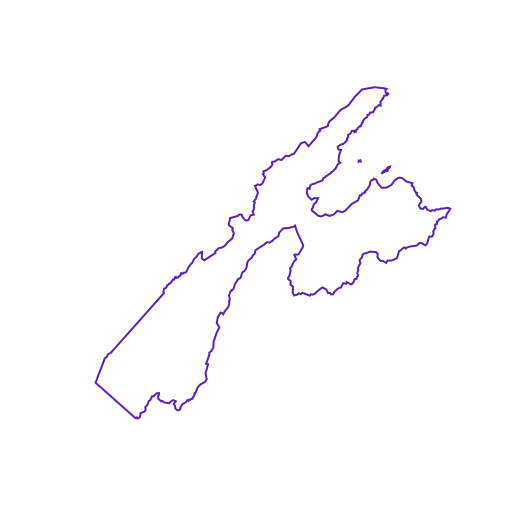 outline of Sveitarfélagið Skagafjörðu, Norðurland vestra, Iceland, rotated 67°
{"feature_id": "244011B28940040244957", "entity_name": "Sveitarfélagið Skagafjörðu", "entity_type": "district", "adm_level": 2, "iso_a3": "ISL", "parent_name": "Iceland", "parent_adm1": "Norðurland vestra", "projection": "mercator", "projection_center": [-19.345, 65.497], "detail": "fine", "context": "isolated", "style": "outline", "palette": "violet", "viewbox_px": 512, "rotation_deg": 67, "n_neighbors": 0, "source": "geoboundaries", "source_scale": "gbopen_adm2", "svg_char_len": 6086}
<svg xmlns="http://www.w3.org/2000/svg" viewBox="0 0 512 512"><g transform="rotate(67 256 256)"><path d="M313.2,138.9L311.6,136.6L313.2,132.8L313.0,127.1L307.3,122.2L307.3,120.7L306.0,116.7L306.2,115.7L307.7,115.2L307.2,113.7L307.3,111.2L309.2,104.0L307.9,100.2L308.8,98.7L312.4,95.9L311.6,93.9L305.8,89.0L306.9,86.3L304.8,83.7L302.5,83.3L301.7,81.7L300.8,81.3L300.6,80.0L297.3,79.0L296.9,77.9L297.3,77.2L295.0,75.7L294.9,74.5L293.6,72.8L294.0,70.8L293.4,68.7L294.9,66.4L292.3,64.3L288.5,58.8L287.0,59.9L286.1,62.0L285.6,64.8L284.6,67.3L284.6,69.4L283.4,72.0L284.1,73.9L282.7,75.8L283.2,77.5L280.0,80.3L277.0,80.6L276.7,81.5L278.0,83.9L276.5,86.1L273.2,86.4L271.5,84.3L270.9,82.6L267.8,81.9L262.2,84.2L260.9,83.2L260.6,83.9L257.9,84.4L253.9,84.0L252.0,85.3L250.1,83.5L246.2,88.5L241.8,90.8L240.1,92.9L239.7,94.9L240.4,98.4L243.4,103.5L244.1,109.1L242.1,113.8L236.1,115.6L232.8,115.5L230.8,117.5L231.4,117.9L231.4,119.9L232.1,121.5L235.5,123.8L238.1,127.6L239.1,130.2L239.9,130.5L239.9,131.7L240.5,132.4L240.0,133.9L241.3,135.4L240.7,136.6L244.6,140.3L245.5,147.5L249.1,156.0L249.5,159.1L246.2,163.6L248.1,167.9L247.9,172.6L244.6,176.0L245.1,176.9L244.9,180.9L243.1,183.1L235.8,186.8L234.4,186.2L233.8,184.9L231.8,183.4L230.6,181.6L230.1,179.7L227.0,176.3L225.5,179.5L225.9,182.8L224.9,183.3L221.5,184.6L217.9,184.6L214.0,182.4L213.8,181.6L214.2,180.9L213.8,180.6L215.0,181.4L214.7,181.0L215.2,180.5L212.3,178.4L211.9,177.0L212.0,174.4L212.4,173.4L212.1,171.7L212.4,165.2L210.7,163.7L210.5,161.7L209.9,160.6L209.7,158.4L209.1,156.8L209.2,155.0L208.4,154.3L208.0,151.7L206.9,149.7L206.9,149.0L203.6,144.9L203.0,142.1L201.4,143.0L198.6,141.8L194.6,139.3L191.6,136.3L190.3,138.5L187.3,138.1L186.6,134.4L186.9,131.7L185.0,126.7L183.6,126.5L182.4,124.5L180.4,123.9L180.3,121.6L178.3,118.8L179.0,116.9L180.6,117.0L180.6,115.4L179.4,115.2L178.6,112.7L178.1,112.5L177.3,110.5L177.5,108.9L176.8,108.9L176.3,107.5L175.0,106.8L174.8,105.4L173.8,105.0L172.1,102.7L171.5,99.3L169.8,98.3L170.1,96.6L168.5,95.0L168.9,94.3L169.2,93.1L168.9,92.4L169.3,91.9L167.3,89.3L166.0,88.5L166.1,86.8L165.1,84.2L166.3,82.5L162.5,81.1L160.9,77.9L160.3,77.9L160.1,76.9L158.5,75.4L159.3,72.7L158.5,70.9L157.6,71.0L157.4,72.4L156.6,72.8L153.4,71.9L153.1,70.6L151.5,72.8L147.1,80.6L144.1,93.3L147.9,102.5L153.4,112.1L154.2,115.7L154.3,119.1L154.8,121.5L159.0,129.8L160.6,135.3L161.7,137.1L164.6,139.3L164.1,147.9L165.7,147.8L166.0,149.4L167.3,151.6L170.3,154.2L175.5,164.8L170.6,166.2L170.0,166.9L169.8,170.6L176.7,181.0L176.5,182.8L177.0,187.1L175.3,189.3L177.6,195.1L175.5,197.7L176.3,201.6L175.7,204.2L176.2,205.0L178.3,205.1L179.8,207.7L181.1,212.4L181.0,216.2L182.4,216.2L183.3,217.7L187.1,216.8L191.8,221.8L192.3,224.4L190.7,226.6L191.1,227.9L191.0,229.6L198.3,229.4L203.3,233.8L204.9,236.8L206.3,236.2L208.6,238.2L212.3,239.8L213.6,241.7L217.0,241.9L216.5,245.2L219.7,248.7L219.9,249.7L219.7,250.9L218.2,252.3L214.3,253.3L212.8,252.9L211.8,253.9L211.3,255.5L212.0,257.2L211.0,265.0L216.8,269.0L221.5,266.5L222.9,267.7L226.4,267.5L230.6,271.1L232.3,276.9L234.4,280.5L234.9,284.0L234.2,287.1L235.8,291.7L237.4,292.3L239.7,305.2L237.2,306.8L231.2,304.1L231.1,305.9L231.6,306.6L231.2,307.9L233.4,311.0L234.3,313.8L237.6,317.7L237.8,318.9L240.0,322.5L243.6,326.8L243.6,328.2L243.1,328.8L243.7,330.2L242.5,331.3L242.6,331.9L244.4,333.0L244.6,333.5L244.3,333.9L245.4,335.8L245.0,336.6L245.0,338.0L244.1,338.0L244.4,338.5L244.0,338.7L245.7,340.9L245.2,341.6L247.3,344.9L247.7,346.4L247.5,346.7L248.2,347.8L248.2,349.2L249.6,350.3L250.3,351.8L250.1,353.0L250.6,353.8L252.7,355.2L254.1,355.1L288.5,427.8L288.6,430.6L290.6,432.9L291.0,435.1L310.0,453.2L358.0,430.4L358.0,428.8L359.2,428.8L359.4,427.1L358.5,425.5L355.6,423.7L355.5,419.1L354.3,417.7L351.8,416.9L350.7,414.3L347.6,411.2L347.2,409.5L344.6,406.6L345.2,405.0L344.0,402.8L343.6,400.4L344.2,398.9L345.7,399.5L346.4,400.8L349.6,401.6L352.8,400.0L352.8,399.0L355.2,397.3L357.7,393.4L356.9,392.2L356.3,388.6L358.4,386.6L360.1,389.6L362.3,389.1L364.8,389.8L366.8,389.1L367.9,387.4L367.5,385.6L366.2,385.2L363.7,381.6L363.3,379.2L363.4,378.2L361.9,375.3L362.9,374.7L362.2,373.8L362.7,373.1L362.2,372.5L362.6,370.1L361.4,369.6L361.3,368.4L359.9,367.5L359.6,366.5L358.3,366.3L358.0,364.8L354.1,360.9L352.5,357.4L352.0,352.3L350.3,349.6L344.3,348.3L336.9,342.4L335.7,344.0L328.6,337.5L326.7,336.8L326.1,334.4L323.7,331.1L318.0,328.3L310.9,321.8L307.9,318.1L307.0,317.6L302.3,318.4L297.4,315.0L294.3,310.7L294.8,309.8L296.9,309.0L294.8,306.5L292.0,301.3L288.3,298.6L287.1,298.6L286.0,297.2L281.8,296.2L278.6,293.4L278.5,291.8L277.7,291.6L277.8,289.9L273.6,286.2L270.5,281.8L270.1,281.1L270.4,279.9L269.8,278.4L266.2,275.5L265.6,274.5L265.3,272.4L262.9,269.2L258.5,266.5L257.1,264.4L255.8,260.5L254.3,259.0L253.5,256.5L250.4,254.1L248.7,244.1L247.8,241.6L247.8,240.0L249.0,238.2L248.4,235.7L248.5,234.6L247.6,233.4L246.3,227.4L243.5,225.5L241.3,220.3L241.9,217.7L242.5,217.2L242.5,215.9L243.2,214.6L243.1,213.1L243.8,210.0L243.2,208.2L249.8,208.8L264.6,208.3L266.3,209.7L271.0,216.0L271.0,217.2L269.8,219.5L270.0,220.4L274.8,220.2L275.9,223.2L280.0,227.8L280.5,229.5L282.7,229.7L287.2,232.9L288.7,235.1L289.9,235.4L292.6,233.8L295.9,235.5L298.7,233.9L304.2,236.6L307.2,236.3L307.7,233.1L307.0,231.2L308.6,229.8L308.0,227.7L313.5,222.0L312.7,220.7L313.7,218.9L313.7,216.2L312.7,214.2L310.8,207.2L314.1,204.5L318.2,204.1L318.9,202.4L320.5,202.1L321.0,201.1L321.2,199.9L319.4,197.3L318.1,193.5L317.9,191.9L318.2,189.9L315.1,186.5L316.8,183.7L315.6,182.7L319.3,179.6L319.1,178.2L317.5,175.5L316.0,174.6L315.8,174.1L316.3,172.3L314.7,171.2L314.1,169.8L311.4,169.5L308.5,167.2L306.9,167.0L303.5,162.8L300.3,162.4L298.7,159.0L296.2,157.1L295.9,155.5L296.5,153.7L296.4,150.7L296.8,148.7L299.4,143.9L301.7,143.2L304.6,144.7L308.2,143.8L309.4,143.0L310.0,141.3L313.2,138.9ZM229.4,108.3L228.8,107.0L229.0,106.2L228.6,103.9L229.1,101.8L227.4,100.3L226.7,98.0L226.1,97.6L225.8,100.0L227.4,102.5L227.6,105.7L229.4,108.3ZM209.9,122.7L208.7,122.5L208.8,123.4L208.0,123.3L208.7,123.7L208.3,124.2L209.3,124.7L209.3,123.4L209.9,122.7Z" fill="none" stroke="#5b21b6" stroke-width="2"/></g></svg>